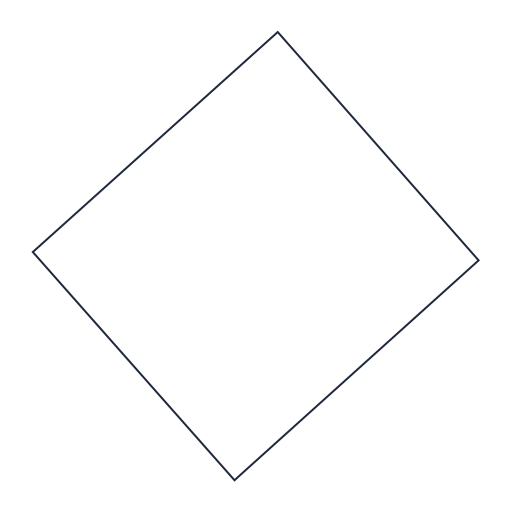 Sherman, Nebraska, United States of America, rotated 138°
{"feature_id": "52423323B24565972155121", "entity_name": "Sherman", "entity_type": "district", "adm_level": 2, "iso_a3": "USA", "parent_name": "United States of America", "parent_adm1": "Nebraska", "projection": "robinson", "projection_center": [-98.9, 41.22], "detail": "fine", "context": "isolated", "style": "outline", "palette": "slate", "viewbox_px": 512, "rotation_deg": 138, "n_neighbors": 0, "source": "geoboundaries", "source_scale": "gbopen_adm2", "svg_char_len": 236}
<svg xmlns="http://www.w3.org/2000/svg" viewBox="0 0 512 512"><g transform="rotate(138 256 256)"><path d="M422.0,103.7L416.9,103.8L93.5,103.8L90.0,407.9L419.2,408.3L422.0,103.7Z" fill="none" stroke="#1e293b" stroke-width="2"/></g></svg>